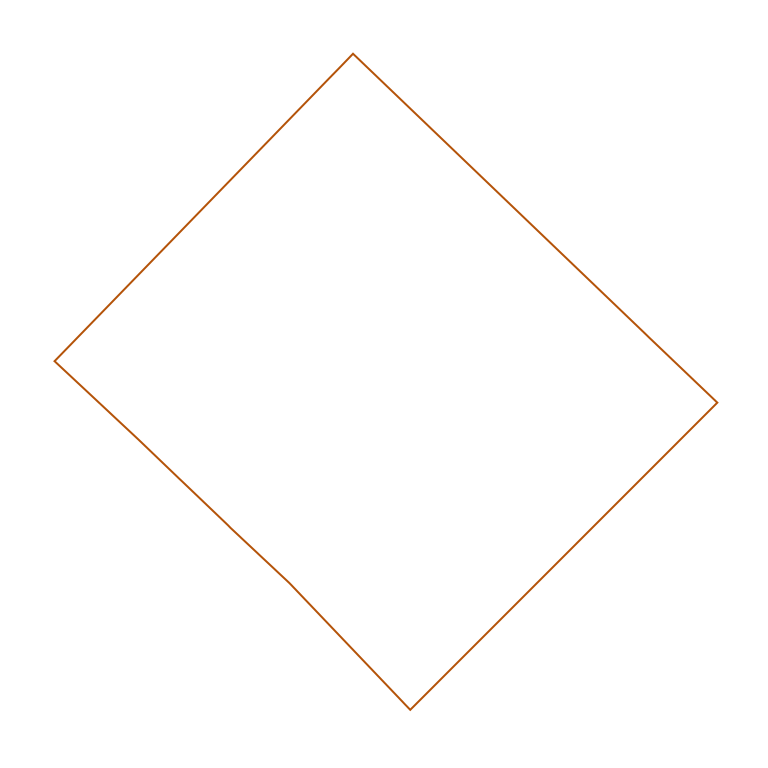 outline of Stokes, North Carolina, United States of America, rotated 223°
{"feature_id": "52423323B34539030227097", "entity_name": "Stokes", "entity_type": "district", "adm_level": 2, "iso_a3": "USA", "parent_name": "United States of America", "parent_adm1": "North Carolina", "projection": "orthographic", "projection_center": [-80.2, 36.404], "detail": "fine", "context": "isolated", "style": "outline", "palette": "amber", "viewbox_px": 768, "rotation_deg": 223, "n_neighbors": 0, "source": "geoboundaries", "source_scale": "gbopen_adm2", "svg_char_len": 406}
<svg xmlns="http://www.w3.org/2000/svg" viewBox="0 0 768 768"><g transform="rotate(223 384 384)"><path d="M631.9,604.4L631.9,604.1L632.2,585.8L632.6,568.9L634.0,498.8L640.5,176.0L609.0,176.0L526.1,175.9L469.0,175.1L466.4,175.1L401.6,174.3L398.1,174.1L317.3,173.9L152.8,164.2L151.6,164.1L142.6,163.6L127.5,597.7L222.1,598.8L225.9,598.9L631.9,604.4Z" fill="none" stroke="#b45309" stroke-width="2"/></g></svg>